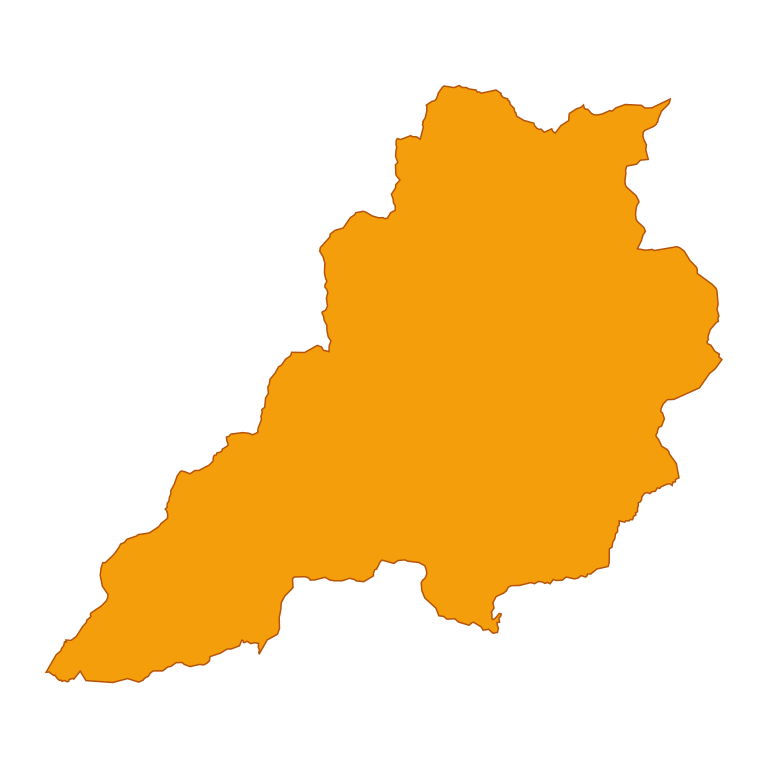 outline of Andreiasu De Jos, Vrancea, Romania
{"feature_id": "2599482B32209112842541", "entity_name": "Andreiasu De Jos", "entity_type": "district", "adm_level": 2, "iso_a3": "ROU", "parent_name": "Romania", "parent_adm1": "Vrancea", "projection": "mercator", "projection_center": [26.796, 45.716], "detail": "fine", "context": "isolated", "style": "filled", "palette": "amber", "viewbox_px": 768, "rotation_deg": 0, "n_neighbors": 0, "source": "geoboundaries", "source_scale": "gbopen_adm2", "svg_char_len": 6082}
<svg xmlns="http://www.w3.org/2000/svg" viewBox="0 0 768 768"><path d="M277.4,634.3L279.5,628.5L279.2,617.7L280.8,609.5L281.3,602.6L284.8,596.1L293.0,587.6L292.5,579.0L294.2,577.0L305.2,576.7L308.8,578.0L310.3,580.1L315.0,579.9L325.0,577.3L330.0,580.1L334.8,580.8L342.2,580.8L349.6,578.3L354.8,579.6L355.9,580.8L363.7,581.7L373.4,575.9L373.5,572.8L374.8,569.6L376.6,569.1L380.0,562.2L381.9,560.1L393.9,563.4L398.1,560.5L404.9,559.9L407.3,561.1L418.8,562.5L424.8,565.7L426.4,570.3L426.8,574.0L425.2,577.9L422.7,580.2L421.2,582.8L421.8,590.5L424.8,598.0L435.9,608.1L438.9,615.8L443.6,616.4L446.9,619.1L454.8,618.8L458.6,622.1L469.1,625.2L472.2,622.5L473.8,622.4L481.2,626.9L483.0,630.1L488.8,629.4L493.0,633.3L497.4,632.4L498.5,628.0L497.4,625.8L497.0,622.5L499.6,622.2L498.9,618.4L501.0,615.7L501.1,613.8L499.3,613.5L495.3,618.2L493.1,619.6L492.0,618.9L491.9,613.7L491.3,612.3L494.0,608.1L492.9,602.7L496.2,596.5L503.6,593.1L506.0,591.3L508.5,587.0L511.3,585.7L519.8,585.4L530.8,582.6L534.6,583.7L538.3,581.5L542.2,581.9L544.9,583.4L547.5,582.5L550.1,583.8L553.3,579.5L556.7,580.5L562.3,580.2L566.2,577.0L574.4,578.9L578.2,578.0L581.1,575.6L585.6,577.1L587.1,575.7L587.5,574.0L590.7,574.0L596.9,569.0L608.2,566.5L609.2,562.6L609.3,549.5L609.7,548.4L611.9,547.4L612.8,542.1L614.7,539.0L615.6,533.7L617.5,531.9L617.7,527.0L619.3,525.0L619.1,520.8L624.6,522.2L626.0,520.8L629.2,520.9L630.1,519.6L632.6,519.7L633.7,516.2L635.9,515.0L635.5,512.8L637.5,511.7L637.5,508.0L638.4,505.3L638.2,502.9L640.5,501.7L641.6,499.6L641.7,497.2L644.7,493.2L647.3,492.6L649.9,493.6L651.8,491.8L655.5,491.1L657.3,487.9L659.8,488.4L660.6,487.0L667.5,484.0L670.1,483.8L672.1,485.5L673.0,482.2L675.3,481.9L675.6,479.3L679.0,477.8L676.3,463.5L669.4,454.0L669.0,452.0L667.3,449.6L661.9,446.4L658.5,439.4L656.1,436.3L656.0,434.8L657.1,433.0L658.2,428.4L659.0,427.1L661.5,426.3L664.4,418.7L662.4,412.8L660.7,411.6L661.1,408.7L663.3,403.8L667.3,399.7L673.8,399.4L699.5,387.8L709.5,373.5L715.3,368.7L721.9,359.6L718.8,356.8L719.4,354.1L714.9,351.4L711.0,345.3L707.7,343.7L706.9,342.0L708.5,339.2L707.9,337.7L708.4,335.2L710.3,329.5L716.5,322.3L718.3,321.4L717.9,318.0L718.9,316.1L717.0,309.3L718.1,304.3L716.9,290.5L715.9,288.2L712.2,284.4L697.4,273.5L697.2,269.3L696.3,267.1L689.9,260.4L684.2,251.1L679.5,247.6L676.7,246.7L654.5,250.5L652.1,249.4L645.8,250.2L637.4,248.8L641.3,240.9L642.9,235.3L645.4,231.3L643.8,227.5L637.5,221.6L636.1,219.2L635.5,213.9L636.3,207.8L636.8,205.6L639.0,202.0L638.6,200.6L635.9,195.5L626.3,186.9L625.3,184.5L624.9,181.0L625.8,173.6L625.6,169.8L626.8,166.1L636.7,164.1L640.4,160.2L648.3,159.4L645.8,150.0L646.4,144.8L643.9,139.8L642.9,135.9L643.3,132.2L644.8,130.4L653.7,126.4L656.3,124.3L656.8,122.5L657.7,122.0L658.3,118.7L661.6,111.1L668.2,104.4L669.5,102.6L670.2,99.0L651.8,107.9L644.9,108.0L641.4,105.3L625.2,104.5L615.8,107.9L612.1,111.2L609.9,110.6L601.9,114.1L596.8,115.0L594.0,114.8L591.2,113.2L587.8,109.3L585.5,109.2L584.4,108.4L583.5,105.0L581.2,107.2L576.1,109.0L569.8,113.2L569.1,114.4L568.7,120.6L560.8,125.7L555.2,133.1L552.6,131.2L551.7,128.8L544.2,132.3L541.1,129.1L539.1,129.4L536.8,128.2L534.6,125.6L533.8,123.2L523.8,120.4L516.7,116.2L515.7,112.5L514.7,112.0L514.1,108.3L510.2,104.4L509.5,101.2L508.0,100.5L507.7,98.8L503.1,97.4L501.1,95.0L501.1,93.4L496.0,90.0L481.3,93.2L479.7,92.1L477.3,92.0L476.0,90.0L469.1,89.0L466.2,87.5L462.2,87.5L459.3,85.5L454.1,87.6L443.8,86.0L442.3,87.4L438.5,92.8L436.5,98.6L434.6,100.8L432.0,101.3L426.2,105.2L426.8,106.1L426.8,111.2L425.2,117.8L422.7,121.9L423.2,122.7L422.5,124.5L423.3,127.3L420.2,139.2L416.4,136.8L412.3,136.7L410.9,135.6L400.6,139.5L397.3,138.6L396.3,140.3L396.0,144.3L396.8,147.8L396.1,149.5L395.6,156.3L397.8,162.4L395.5,164.8L395.8,173.6L396.3,175.6L400.0,180.2L395.7,184.6L395.8,186.9L394.9,189.0L391.4,194.2L393.1,199.0L393.5,202.9L395.2,205.7L395.2,210.3L390.7,212.6L387.4,218.1L384.7,218.7L383.2,217.6L378.9,217.9L371.9,215.8L366.1,212.2L363.1,211.3L355.8,212.7L354.7,214.7L350.4,217.6L343.2,228.0L334.9,230.4L330.3,234.0L329.7,237.2L320.4,247.5L319.7,251.2L323.1,256.8L324.9,263.3L324.4,272.3L325.6,278.6L326.9,281.2L325.0,284.8L324.9,287.2L326.8,289.5L327.8,292.6L326.4,298.1L327.5,306.1L325.6,310.3L322.3,311.8L322.0,313.0L323.6,316.5L324.2,320.2L326.8,325.3L327.0,330.8L328.3,337.0L331.0,341.0L329.2,345.6L329.0,351.6L323.4,350.2L321.6,347.0L317.3,345.4L304.6,352.5L291.6,352.3L290.7,355.6L285.5,359.3L281.5,365.1L278.6,366.8L275.0,373.3L270.0,379.3L269.3,384.4L267.8,387.0L268.4,393.4L265.6,398.0L264.7,407.3L261.8,409.6L262.2,412.6L260.9,416.5L261.5,419.4L258.1,428.3L257.7,432.5L252.6,434.8L248.5,433.2L242.6,432.6L230.8,434.1L229.4,436.0L226.4,437.1L226.8,440.7L228.2,444.4L227.2,446.2L222.3,449.1L222.1,450.7L220.3,452.1L217.0,452.8L216.3,455.0L214.3,455.2L213.4,457.1L213.0,461.2L209.1,465.1L198.8,470.5L194.8,470.5L190.1,473.8L184.1,471.5L181.2,471.0L180.2,471.7L177.1,476.1L174.3,484.1L170.8,490.7L170.9,493.9L169.4,497.2L169.0,500.7L167.2,503.7L167.1,507.3L165.2,509.1L166.6,510.7L167.7,514.1L167.5,518.4L160.9,523.6L158.9,526.6L149.1,533.0L138.4,534.6L136.2,536.1L127.1,539.2L124.4,542.4L120.6,544.1L118.5,548.1L113.7,554.7L105.5,562.5L102.8,562.7L101.0,568.3L100.2,575.4L102.4,586.3L108.0,594.5L107.8,597.2L106.4,600.8L101.3,606.0L90.9,613.0L90.4,614.4L90.8,616.8L86.9,620.0L86.3,622.5L82.5,626.7L76.4,636.4L71.0,640.4L65.8,640.0L66.3,642.1L64.5,641.9L63.6,645.9L61.5,648.5L60.8,650.9L56.3,654.6L46.1,672.3L49.1,672.0L53.7,675.5L54.9,675.2L57.6,679.0L59.8,680.5L61.0,680.0L62.1,681.4L64.5,680.5L67.3,681.8L68.7,681.2L69.3,679.4L73.1,678.5L73.8,679.2L80.2,671.1L86.0,680.6L112.9,682.5L127.6,678.6L138.7,682.1L143.2,680.1L144.7,678.2L148.4,676.2L150.5,672.9L153.2,670.9L162.7,670.9L167.8,667.0L171.0,666.4L176.1,662.7L182.0,662.5L184.3,664.4L190.0,666.6L199.8,664.4L203.8,664.9L207.1,663.1L209.4,660.8L210.0,656.6L220.6,653.1L227.3,648.9L231.1,649.0L239.5,645.8L241.7,640.2L243.0,640.5L243.4,642.4L244.1,642.7L247.1,641.3L250.7,643.6L255.0,642.7L258.5,643.4L258.3,647.4L259.4,649.6L258.8,653.0L259.4,653.7L267.2,639.9L277.4,634.3Z" fill="#f59e0b" stroke="#b45309" stroke-width="1.5"/></svg>